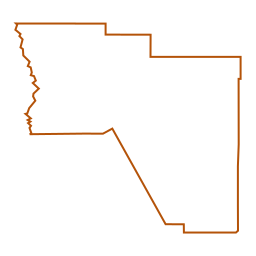 outline of Harding, New Mexico, United States of America
{"feature_id": "52423323B19647593546846", "entity_name": "Harding", "entity_type": "district", "adm_level": 2, "iso_a3": "USA", "parent_name": "United States of America", "parent_adm1": "New Mexico", "projection": "robinson", "projection_center": [-104.115, 35.804], "detail": "fine", "context": "isolated", "style": "outline", "palette": "amber", "viewbox_px": 256, "rotation_deg": 0, "n_neighbors": 0, "source": "geoboundaries", "source_scale": "gbopen_adm2", "svg_char_len": 678}
<svg xmlns="http://www.w3.org/2000/svg" viewBox="0 0 256 256"><path d="M105.6,23.6L16.0,23.5L17.2,24.7L15.4,29.8L20.5,34.0L19.4,36.1L22.6,39.4L20.5,47.4L22.9,49.1L23.3,55.5L29.6,61.7L27.8,66.1L30.7,67.4L31.8,72.5L30.8,75.2L34.0,76.1L35.8,80.6L32.8,83.0L38.8,88.6L33.5,93.6L33.1,96.4L35.3,100.7L29.2,108.1L27.3,113.4L25.5,113.9L30.8,118.4L27.7,120.0L30.4,121.6L28.1,123.1L31.0,125.8L29.5,127.9L31.4,133.3L29.7,134.2L84.9,133.6L102.9,133.7L112.3,128.6L165.6,224.2L183.8,224.3L183.9,232.5L236.0,232.5L238.0,230.7L237.9,206.0L237.9,166.2L238.7,144.3L238.6,78.9L240.6,78.9L240.6,56.9L150.5,56.9L150.6,34.7L105.6,34.6L105.6,23.6Z" fill="none" stroke="#b45309" stroke-width="2"/></svg>